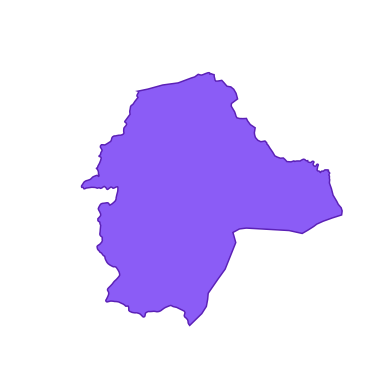 outline of Xiengkhor, Houaphan, Laos, rotated 240°
{"feature_id": "54806243B48324758526346", "entity_name": "Xiengkhor", "entity_type": "district", "adm_level": 2, "iso_a3": "LAO", "parent_name": "Laos", "parent_adm1": "Houaphan", "projection": "equal_earth", "projection_center": [104.199, 20.825], "detail": "fine", "context": "isolated", "style": "filled", "palette": "violet", "viewbox_px": 384, "rotation_deg": 240, "n_neighbors": 0, "source": "geoboundaries", "source_scale": "gbopen_adm2", "svg_char_len": 6027}
<svg xmlns="http://www.w3.org/2000/svg" viewBox="0 0 384 384"><g transform="rotate(240 192 192)"><path d="M97.3,310.1L99.1,311.5L100.6,312.6L103.8,313.3L108.2,312.5L111.5,312.7L118.7,312.6L125.2,314.4L131.2,315.5L131.9,316.1L132.5,316.4L133.2,317.0L133.8,317.4L134.6,317.6L135.3,317.9L136.7,318.8L137.1,319.0L137.7,319.0L138.2,319.0L138.5,319.2L138.8,319.6L139.1,320.1L139.4,320.6L140.1,320.8L140.6,320.7L141.2,320.4L141.5,320.3L141.8,320.3L142.6,321.1L142.9,321.0L143.2,320.7L144.5,318.5L144.7,318.0L144.7,317.6L144.5,316.9L144.4,316.4L144.5,315.9L144.9,315.4L145.2,314.9L145.2,314.4L145.1,314.0L144.8,313.3L144.7,313.0L145.1,312.8L145.6,312.8L146.1,312.8L146.5,312.5L147.4,311.5L148.0,311.3L148.5,311.3L151.0,313.4L151.5,314.0L151.9,314.5L152.3,314.9L152.7,315.0L153.1,314.9L153.4,314.5L153.5,314.2L153.4,313.8L153.3,313.4L152.9,312.9L152.6,312.4L152.6,312.0L152.6,311.6L152.7,311.3L153.0,311.1L153.8,310.7L154.6,310.6L155.2,310.6L155.7,310.9L156.0,311.2L156.6,312.3L157.0,312.6L157.6,312.6L157.9,312.4L158.3,311.9L158.4,311.4L158.4,311.1L158.2,310.4L158.2,309.9L158.3,309.5L158.4,309.2L158.8,308.7L159.3,308.2L159.8,307.7L160.1,307.6L160.7,307.6L161.3,307.9L161.4,307.7L161.7,306.9L161.9,306.6L163.0,306.1L163.6,306.0L164.1,305.6L164.5,305.2L164.7,304.7L164.8,304.3L164.9,302.7L164.8,301.3L165.1,300.6L165.3,300.2L166.0,299.2L166.2,298.6L166.6,298.0L166.8,297.5L166.9,296.9L167.0,296.5L167.3,296.0L167.7,295.8L168.0,295.8L168.6,292.8L170.9,289.4L173.7,288.8L175.8,288.1L177.1,285.4L179.6,283.3L181.9,281.8L185.9,281.8L188.7,281.6L190.8,281.4L194.6,281.3L195.8,280.9L197.4,281.3L199.7,280.7L200.5,278.4L201.2,276.7L204.0,274.8L206.3,274.4L207.6,274.2L210.1,274.8L212.1,275.6L216.0,278.8L221.3,276.2L225.8,275.7L228.5,275.9L230.1,272.8L231.9,269.9L233.8,268.0L235.5,268.0L238.0,268.6L240.1,269.0L246.7,268.9L248.9,270.4L249.4,274.3L249.8,278.0L255.4,279.5L260.1,279.5L263.6,278.2L266.1,275.2L271.3,274.2L273.8,273.6L275.1,270.0L276.1,268.1L277.4,267.9L279.1,268.5L280.4,268.8L282.6,269.8L283.2,269.1L283.6,268.7L284.3,268.2L284.6,268.0L285.3,266.6L285.6,267.0L286.3,266.8L286.8,266.5L287.1,265.9L287.4,265.0L287.6,263.9L287.8,262.8L288.0,261.5L288.1,260.6L288.3,259.6L288.5,258.7L289.0,258.0L289.7,257.3L290.8,256.2L290.3,251.9L291.1,248.4L293.4,234.6L299.3,220.2L303.2,205.2L305.5,198.2L306.4,195.5L305.8,196.0L305.0,195.4L304.2,194.1L303.3,192.7L302.5,192.3L301.6,192.5L300.9,192.5L300.7,192.2L300.2,190.8L299.1,188.0L297.9,185.6L297.4,184.4L297.3,182.6L296.6,181.4L295.2,180.3L293.1,178.5L291.7,177.8L290.2,177.2L289.8,176.1L288.5,173.2L287.2,170.2L287.0,169.6L286.5,168.9L286.0,168.9L285.0,169.4L283.9,169.4L283.3,169.2L282.6,168.2L282.0,166.4L281.4,165.0L280.2,164.1L279.0,163.3L278.1,162.9L277.2,162.6L276.7,161.9L276.5,161.1L276.5,160.2L276.9,158.6L277.8,156.9L278.5,154.9L278.9,153.6L279.5,152.5L279.5,151.7L279.5,150.9L279.2,150.2L278.7,149.4L277.9,148.7L277.0,147.8L276.5,146.7L276.4,145.1L276.3,142.3L276.3,140.4L276.6,139.6L277.6,138.3L278.2,137.2L277.7,135.8L276.8,135.1L273.8,135.1L273.2,135.0L272.6,134.4L272.0,133.3L271.4,132.5L270.9,132.0L270.4,131.7L270.0,131.1L269.9,130.2L269.6,129.4L269.2,129.4L268.4,130.1L267.5,130.5L266.7,130.3L264.9,128.5L263.1,126.2L261.4,123.4L260.5,122.5L260.3,122.2L260.3,121.8L260.4,121.5L260.3,121.1L259.9,121.1L258.9,121.4L257.3,121.3L255.5,120.7L254.4,120.0L253.5,120.0L252.9,119.8L252.3,119.3L252.2,119.0L252.5,118.8L253.5,118.5L254.1,117.6L254.5,115.1L254.6,113.4L254.0,111.4L253.8,110.1L254.2,107.8L254.7,105.9L254.7,103.9L254.2,102.7L253.3,101.0L252.6,99.5L251.7,98.9L251.1,98.9L250.4,100.0L248.9,100.0L248.7,100.1L248.4,101.0L248.3,102.4L247.3,104.8L246.2,107.5L244.7,109.9L243.5,111.3L242.8,111.7L242.6,112.1L242.2,113.7L240.9,114.6L240.7,115.3L240.6,116.4L240.8,117.8L240.8,118.4L240.7,118.8L239.5,119.4L238.1,119.8L237.5,119.6L236.9,119.8L236.5,120.1L236.4,120.7L236.6,121.7L236.8,123.7L236.8,124.3L236.2,124.9L235.3,125.3L234.7,125.5L234.4,126.5L234.3,128.0L234.2,129.0L233.9,129.9L233.5,130.2L232.6,129.9L230.8,128.8L229.4,127.7L226.9,125.2L224.9,123.4L223.8,122.7L222.7,121.2L222.1,119.0L221.7,116.6L221.7,114.5L222.0,114.1L222.9,114.2L224.3,114.0L225.1,113.2L226.1,110.7L227.0,108.6L227.2,107.3L226.9,106.2L226.2,105.0L225.2,103.4L224.3,102.4L223.0,102.2L221.1,102.2L218.6,101.9L217.4,101.2L216.8,100.1L215.9,97.1L214.8,96.5L214.2,96.2L213.4,96.4L212.0,97.1L210.6,96.5L209.5,96.3L208.9,96.3L207.2,95.1L205.4,93.8L204.0,92.9L201.6,91.1L200.2,90.8L199.0,91.1L198.1,91.5L197.1,91.4L196.2,90.6L195.0,90.3L193.7,88.7L193.2,87.0L192.8,85.9L192.8,84.4L192.6,83.1L192.1,82.4L191.2,82.1L190.0,81.7L188.4,81.8L187.1,82.2L185.9,82.2L184.4,83.1L182.2,83.3L181.2,83.5L180.1,84.2L179.1,84.0L177.8,83.5L176.4,83.3L173.6,83.2L171.9,83.5L170.0,84.3L167.2,86.0L166.4,86.7L166.0,87.7L165.2,88.5L163.8,88.8L161.4,88.9L159.4,88.9L157.7,88.5L156.2,87.9L155.4,86.6L154.7,84.7L154.1,82.8L153.5,80.1L152.9,78.5L152.3,77.3L151.4,74.4L150.7,71.7L150.2,70.5L149.7,70.0L149.0,69.7L147.0,69.7L145.5,69.0L144.4,67.9L142.9,65.8L141.9,64.3L141.4,63.3L140.9,63.0L140.2,62.9L139.3,63.4L139.0,64.3L138.2,67.1L136.9,69.0L135.9,70.2L134.8,71.9L133.5,73.5L131.1,75.1L129.3,76.4L127.6,77.2L126.5,77.4L126.1,77.7L125.7,78.6L125.2,79.6L124.1,79.6L122.8,79.0L121.1,78.1L119.9,78.3L117.7,79.9L117.0,80.7L115.9,82.1L115.0,83.8L113.3,85.4L112.0,86.2L109.9,86.7L108.3,87.2L107.9,87.7L107.8,88.2L107.8,88.7L108.3,89.4L110.2,91.0L110.5,92.1L110.5,93.4L110.3,94.5L109.5,95.7L108.6,97.5L107.8,99.3L107.0,100.4L106.3,101.2L105.8,101.8L105.3,102.9L105.0,103.8L104.8,105.4L105.3,109.6L105.3,111.3L104.8,115.1L104.4,116.9L104.1,117.2L102.2,118.4L99.8,121.0L93.5,125.2L92.9,125.6L92.6,125.7L91.7,125.7L91.0,125.6L89.8,124.4L88.9,123.5L88.3,123.3L87.2,123.3L85.7,123.9L84.6,124.1L83.5,124.3L82.0,123.9L80.5,123.2L79.0,123.1L77.6,123.3L81.8,139.7L85.7,147.2L91.1,151.8L96.2,155.4L103.7,171.2L108.6,182.1L126.3,204.6L132.1,206.1L136.5,207.2L136.3,214.6L133.6,221.0L110.1,256.8L101.0,266.7L101.0,273.1L101.3,280.1L101.8,284.0L101.1,291.1L99.4,300.5L97.3,310.1Z" fill="#8b5cf6" stroke="#5b21b6" stroke-width="1.5"/></g></svg>